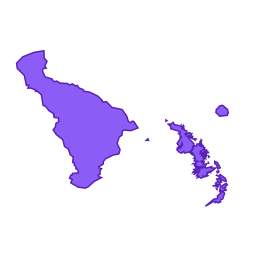 Tojo Una-Una, Sulawesi Tengah, Indonesia (Natural Earth projection), rotated 82°
{"feature_id": "22746128B20933115656615", "entity_name": "Tojo Una-Una", "entity_type": "district", "adm_level": 2, "iso_a3": "IDN", "parent_name": "Indonesia", "parent_adm1": "Sulawesi Tengah", "projection": "natural_earth1", "projection_center": [121.803, -0.873], "detail": "fine", "context": "isolated", "style": "filled", "palette": "violet", "viewbox_px": 256, "rotation_deg": 82, "n_neighbors": 0, "source": "geoboundaries", "source_scale": "gbopen_adm2", "svg_char_len": 5769}
<svg xmlns="http://www.w3.org/2000/svg" viewBox="0 0 256 256"><g transform="rotate(82 128 128)"><path d="M152.4,140.7L148.3,138.9L141.8,140.9L135.8,138.0L134.2,134.9L130.7,134.2L129.4,132.6L131.0,125.6L129.3,118.1L122.6,121.2L121.7,122.7L123.1,124.6L121.6,126.7L115.8,127.7L108.9,131.3L105.3,141.2L99.1,145.5L98.7,149.6L97.2,149.6L92.3,153.4L87.3,160.6L85.5,166.4L83.7,167.1L81.5,171.0L78.8,172.3L78.9,174.2L76.6,176.9L77.2,180.3L75.5,181.7L74.1,188.9L71.6,192.0L71.9,194.6L68.7,196.7L65.9,202.9L59.6,204.8L57.3,203.6L57.4,200.7L54.8,201.7L50.6,198.9L47.1,201.3L39.8,200.5L40.0,210.3L42.8,222.1L48.3,229.3L53.6,229.4L61.4,223.4L71.7,222.7L71.8,220.4L74.7,221.6L74.8,219.0L77.4,214.2L78.9,214.5L79.2,212.5L82.9,209.2L93.9,208.9L94.9,206.7L99.9,203.8L103.4,199.7L107.3,199.7L108.3,195.5L112.0,195.7L113.4,198.7L116.9,199.8L119.5,202.4L124.7,199.8L130.4,194.2L137.5,193.4L140.5,190.0L146.5,188.9L149.1,186.3L154.4,187.6L155.0,186.0L157.0,186.4L159.8,184.8L161.0,185.3L162.7,183.4L165.5,183.4L165.3,189.2L166.8,190.1L166.6,191.1L169.7,192.9L171.2,190.4L174.3,192.3L179.7,185.5L181.6,178.6L180.6,175.5L176.1,168.7L173.4,161.1L172.0,163.9L170.5,164.1L170.1,162.2L166.3,161.5L164.6,159.8L163.6,162.1L162.4,162.4L160.3,157.6L157.8,157.1L155.4,154.6L152.7,146.5L152.4,140.7ZM152.5,65.0L146.7,69.4L145.3,69.7L145.0,68.7L144.4,70.2L143.9,66.8L142.7,65.8L142.9,67.0L142.5,66.1L141.1,67.7L142.7,71.9L142.1,72.3L141.7,72.1L141.0,70.3L139.1,70.2L137.1,73.6L133.8,73.3L135.3,74.6L133.8,74.4L131.1,81.5L128.7,82.6L130.0,84.5L129.8,87.6L132.3,85.5L134.7,85.7L138.8,76.7L140.0,76.9L140.2,78.8L143.1,77.0L144.2,77.6L144.1,76.5L144.4,76.4L150.0,81.5L153.7,79.7L153.0,77.7L150.3,76.6L152.3,76.3L154.9,78.9L155.5,80.8L154.7,81.9L156.4,82.6L158.8,80.9L160.3,78.7L159.1,76.1L160.7,75.6L160.1,69.4L159.7,69.6L157.7,67.0L155.2,66.6L155.1,65.9L154.4,65.0L152.5,65.0ZM165.0,54.4L161.7,53.6L162.1,54.0L161.0,54.9L162.2,56.3L163.0,55.4L163.3,56.0L163.8,54.8L163.7,56.8L165.2,56.0L164.8,56.8L166.4,57.4L165.9,58.7L164.8,57.7L165.2,59.5L164.1,57.3L163.8,58.9L163.4,57.7L162.9,58.8L162.1,58.0L162.7,59.8L160.9,59.5L161.0,57.2L159.9,57.0L159.9,55.2L159.3,56.1L157.9,55.8L159.0,55.6L158.3,54.7L154.8,58.0L156.3,58.2L155.0,59.8L153.6,59.5L153.5,62.1L155.3,62.5L154.9,64.8L156.2,66.5L157.8,66.6L160.2,69.0L161.9,67.3L163.7,67.6L164.3,66.2L166.5,65.8L167.1,67.1L168.0,65.8L169.7,67.0L170.4,65.8L171.0,66.5L170.2,64.4L170.8,63.4L171.2,66.0L172.9,65.6L172.9,66.8L174.6,67.2L176.2,66.5L176.6,65.1L175.3,65.5L176.0,63.9L176.9,64.7L177.7,63.1L176.4,62.0L176.8,56.8L174.5,55.4L174.5,58.6L172.0,57.3L172.7,59.1L171.2,60.3L171.0,58.5L169.5,57.1L167.3,57.6L168.7,55.7L166.5,56.6L166.0,56.0L167.3,55.7L166.5,55.8L166.2,53.7L165.0,54.4ZM182.7,51.5L179.8,46.8L179.2,51.0L177.9,50.5L178.6,56.1L176.9,57.6L177.0,59.1L178.0,59.1L177.6,62.4L179.7,63.0L177.2,64.8L179.0,65.6L179.1,66.6L179.1,67.4L179.7,67.0L180.0,69.1L181.2,70.0L180.7,67.3L182.4,68.3L181.9,66.1L180.6,65.7L180.8,63.5L184.9,66.9L185.3,65.2L186.8,66.2L186.3,64.4L187.8,62.7L187.0,59.7L186.1,60.2L186.9,57.8L186.3,55.4L185.4,56.2L186.1,57.8L183.9,55.3L183.0,55.9L183.3,53.7L182.1,53.6L182.8,53.4L183.2,52.9L182.4,53.1L182.7,51.5ZM198.1,37.5L196.4,38.5L198.9,44.5L202.3,45.9L203.0,44.3L203.9,46.0L205.0,44.5L207.9,49.0L210.2,48.8L210.4,52.9L216.2,62.2L212.8,54.0L213.0,52.1L214.1,52.0L213.4,50.4L214.7,49.3L214.2,46.6L212.0,46.3L211.5,44.2L206.1,41.4L203.9,43.1L202.7,39.6L200.6,41.8L200.4,39.5L198.8,39.2L198.1,37.5ZM126.9,26.6L123.4,26.9L118.7,31.2L118.8,33.9L122.1,38.0L124.8,38.8L129.1,35.5L129.3,28.0L126.9,26.6ZM194.2,38.0L191.4,38.6L186.9,43.2L188.4,45.1L190.2,43.1L190.9,47.3L193.7,46.3L194.7,49.0L197.8,47.5L196.6,49.1L197.1,49.8L199.1,47.5L198.0,46.2L196.7,46.9L197.0,44.5L195.0,45.0L194.6,42.9L192.3,44.2L191.8,43.4L194.4,39.1L194.2,38.0ZM180.2,42.2L174.8,44.2L173.1,46.7L174.9,47.1L178.0,44.9L179.5,45.5L180.8,43.9L180.2,42.2ZM184.8,45.8L184.3,44.2L182.9,44.2L183.3,46.0L184.8,45.8ZM147.8,64.3L149.5,63.3L148.3,62.1L147.8,64.3ZM155.4,56.9L152.6,57.7L152.9,58.9L154.2,58.5L155.4,56.9ZM154.8,78.9L153.5,80.4L154.5,81.3L155.1,80.8L154.8,78.9ZM143.1,109.4L141.4,109.8L142.7,111.6L142.8,110.3L143.1,109.4ZM147.2,66.2L145.6,66.7L145.6,67.4L146.1,67.9L147.2,66.2ZM152.6,58.2L151.9,57.3L151.2,58.2L151.8,58.7L152.6,58.2ZM125.4,89.4L126.6,89.5L126.1,88.4L125.4,89.4ZM187.9,45.5L187.0,46.6L187.3,46.9L187.9,45.5ZM161.4,69.7L160.3,69.2L160.8,70.3L161.4,69.7ZM145.0,65.8L145.9,65.3L145.3,65.0L145.0,65.8ZM163.7,52.8L163.6,51.8L162.6,52.2L163.7,52.8ZM179.0,65.9L178.0,66.2L177.9,66.7L178.1,66.3L178.8,67.0L179.0,65.9ZM197.6,51.1L196.9,50.3L197.2,51.5L197.6,51.1ZM167.2,52.0L168.1,52.1L167.8,51.5L167.2,52.0ZM173.4,53.3L174.1,53.5L174.0,53.0L173.4,53.3ZM172.3,68.3L171.7,67.6L172.3,68.5L172.3,68.3ZM150.4,57.3L150.3,56.9L149.9,57.2L150.4,57.3ZM171.9,58.9L172.3,59.1L172.3,58.7L171.9,58.9ZM167.4,55.1L167.4,54.6L166.8,54.9L167.4,55.1ZM180.8,44.8L180.6,44.2L180.5,44.8L180.8,44.8ZM200.5,48.7L201.2,48.4L200.8,48.2L200.5,48.7ZM162.8,68.6L162.6,68.0L162.2,68.6L162.8,68.6ZM142.4,72.0L141.8,72.1L142.3,72.2L142.4,72.0ZM178.4,66.9L178.0,66.9L178.5,67.8L178.4,66.9ZM169.0,56.0L169.4,55.3L168.9,55.9L169.0,56.0ZM173.4,67.4L173.1,66.9L172.8,67.4L173.4,67.4ZM163.0,56.0L162.5,55.9L162.8,56.6L163.0,56.0ZM178.3,68.1L177.8,67.5L178.1,68.4L178.3,68.1ZM181.5,64.8L181.2,64.2L181.2,64.8L181.5,64.8ZM203.4,39.6L202.7,39.4L203.4,39.7L203.4,39.6ZM183.0,68.4L182.6,68.0L182.9,68.7L183.0,68.4ZM134.9,72.8L134.4,72.4L134.1,72.5L134.9,72.8ZM161.7,53.9L161.0,53.9L161.1,54.1L161.7,53.9ZM136.2,73.1L135.2,72.7L136.1,73.2L136.2,73.1ZM156.1,56.0L155.7,56.0L155.3,55.9L155.6,56.1L156.1,56.0ZM136.6,72.9L137.0,72.6L137.0,72.0L136.6,72.9ZM131.7,75.0L131.9,74.9L132.3,74.4L131.7,75.0ZM132.8,73.3L133.4,72.6L132.9,73.0L132.8,73.3Z" fill="#8b5cf6" stroke="#5b21b6" stroke-width="1.5"/></g></svg>